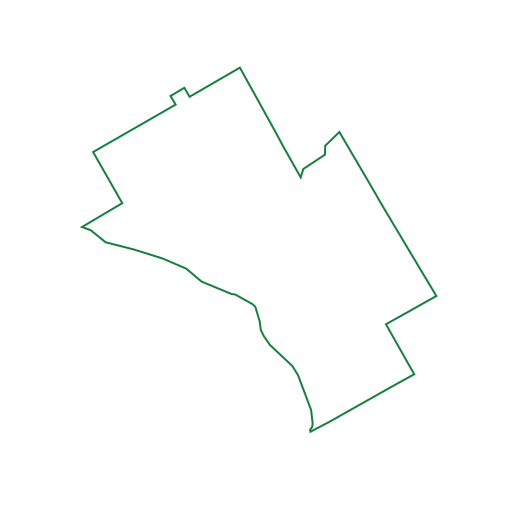 the district of Cuyahoga, Ohio, United States of America, rotated 240°
{"feature_id": "52423323B65833811425835", "entity_name": "Cuyahoga", "entity_type": "district", "adm_level": 2, "iso_a3": "USA", "parent_name": "United States of America", "parent_adm1": "Ohio", "projection": "natural_earth1", "projection_center": [-81.685, 41.453], "detail": "fine", "context": "isolated", "style": "outline", "palette": "green", "viewbox_px": 512, "rotation_deg": 240, "n_neighbors": 0, "source": "geoboundaries", "source_scale": "gbopen_adm2", "svg_char_len": 842}
<svg xmlns="http://www.w3.org/2000/svg" viewBox="0 0 512 512"><g transform="rotate(240 256 256)"><path d="M248.8,390.6L257.6,390.6L306.2,390.3L321.7,390.2L316.9,371.1L309.3,366.4L307.7,340.5L301.7,334.0L339.1,334.4L350.6,334.8L391.6,335.6L427.2,336.2L427.1,278.1L437.5,278.0L437.3,262.0L427.3,262.1L427.5,166.9L368.6,166.6L368.5,152.7L368.1,119.8L360.9,125.8L343.1,132.6L330.8,145.2L323.0,153.2L300.6,173.8L280.0,189.2L270.1,192.8L261.0,196.1L235.4,215.7L233.4,218.3L233.0,218.8L216.0,228.9L212.4,230.0L197.9,226.6L197.7,226.6L189.6,223.2L182.4,222.7L182.2,222.8L172.3,223.5L156.7,228.2L143.7,232.1L142.1,232.5L131.7,232.8L95.0,226.7L82.4,221.2L79.9,219.2L78.5,216.0L76.6,215.3L75.7,237.0L75.0,306.8L74.5,333.9L131.9,334.4L131.2,392.2L154.9,391.8L173.9,391.5L236.5,390.6L248.8,390.6Z" fill="none" stroke="#15803d" stroke-width="2"/></g></svg>